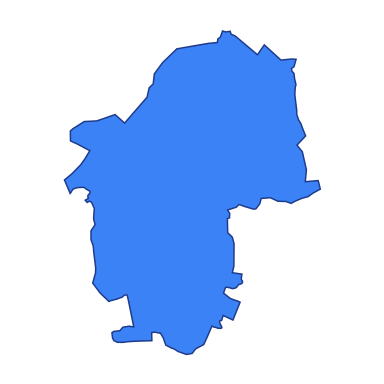 Bagwai, Kano, Nigeria, rotated 273°
{"feature_id": "59680162B58679994750141", "entity_name": "Bagwai", "entity_type": "district", "adm_level": 2, "iso_a3": "NGA", "parent_name": "Nigeria", "parent_adm1": "Kano", "projection": "mercator", "projection_center": [8.095, 12.101], "detail": "fine", "context": "isolated", "style": "filled", "palette": "blue", "viewbox_px": 384, "rotation_deg": 273, "n_neighbors": 0, "source": "geoboundaries", "source_scale": "gbopen_adm2", "svg_char_len": 2510}
<svg xmlns="http://www.w3.org/2000/svg" viewBox="0 0 384 384"><g transform="rotate(273 192 192)"><path d="M210.0,317.3L208.2,304.6L220.1,305.1L237.9,300.1L244.3,294.4L254.0,302.5L260.9,299.3L266.1,297.1L269.5,294.7L275.0,292.5L279.1,292.3L290.9,290.2L294.7,289.6L301.6,289.6L304.7,290.2L310.1,288.6L315.8,287.6L317.8,285.5L320.7,284.9L322.4,287.3L330.0,289.0L330.0,284.3L328.4,273.9L342.7,256.5L332.5,250.2L350.1,226.9L351.6,222.8L354.5,221.7L353.6,217.4L354.4,214.1L348.1,212.2L346.2,209.8L342.6,209.5L341.3,200.7L334.2,169.4L319.7,155.9L308.0,148.2L297.9,147.6L293.9,143.8L284.4,142.2L257.3,121.1L265.3,111.1L258.0,93.2L256.7,80.7L249.0,69.8L246.5,67.3L236.6,68.0L233.8,75.2L229.6,84.1L228.0,87.8L220.1,83.7L213.2,79.3L203.9,71.1L197.4,64.0L184.2,70.4L185.5,71.3L187.0,72.0L188.6,73.1L189.6,75.0L190.3,77.1L190.6,79.5L190.8,81.1L191.0,83.9L189.6,85.9L187.3,90.1L185.3,90.1L184.0,88.7L182.2,88.1L180.2,88.8L178.2,85.8L176.1,87.8L177.6,90.4L176.3,92.3L170.5,95.3L160.3,95.1L154.3,96.9L148.0,93.2L139.3,93.6L132.9,96.2L127.6,96.9L111.2,99.8L106.1,99.9L95.9,97.6L86.3,105.5L78.3,114.8L79.3,116.6L79.8,118.7L80.4,120.1L80.9,121.9L81.5,123.5L82.4,125.4L83.2,127.6L84.3,128.7L85.3,129.8L85.7,131.1L85.7,132.6L80.6,134.1L54.3,140.9L54.4,138.7L54.7,136.4L53.4,130.1L49.7,127.2L48.7,121.2L47.3,119.4L42.0,120.3L39.5,121.8L38.0,125.3L38.2,130.7L39.0,135.1L39.3,137.1L40.1,144.0L41.4,159.7L49.5,159.1L50.1,162.0L49.3,167.9L44.8,171.0L39.5,173.1L37.7,173.9L35.3,179.2L34.2,182.7L32.0,186.4L29.5,195.0L30.8,200.6L35.4,203.7L37.7,207.4L40.2,211.7L49.1,215.2L59.1,218.9L58.2,221.2L58.0,222.8L57.4,224.7L57.3,226.2L57.4,228.2L57.6,228.6L58.2,228.9L59.2,228.6L60.0,228.1L61.2,227.4L62.5,226.7L63.3,226.5L64.3,226.4L64.7,226.4L65.0,226.7L65.1,227.3L65.2,228.1L65.6,228.4L66.0,228.5L70.3,229.5L66.3,239.6L84.5,245.8L85.6,243.0L86.1,240.8L87.7,235.8L90.6,231.7L92.7,228.8L98.5,230.5L98.7,232.3L98.3,234.8L97.6,237.4L98.1,239.6L98.7,241.0L99.8,242.0L101.3,242.9L102.2,243.8L102.7,245.6L103.3,246.6L104.4,247.2L106.0,246.9L107.0,245.9L108.4,245.8L110.4,245.9L112.6,246.2L113.5,236.5L120.2,237.7L142.6,236.7L148.8,234.7L149.7,233.9L153.2,229.8L164.7,228.9L166.6,228.8L167.4,228.8L168.1,230.8L172.6,230.8L175.9,228.4L179.1,237.0L181.9,239.5L181.4,242.0L180.8,243.3L178.2,253.8L178.3,255.9L178.6,256.8L183.8,260.3L189.2,261.4L190.4,270.5L187.3,278.2L187.4,286.5L185.8,291.6L188.2,295.4L191.6,302.4L193.4,308.1L197.5,313.3L201.3,319.6L201.6,320.0L210.0,317.4L210.0,317.3Z" fill="#3b82f6" stroke="#1e3a8a" stroke-width="1.5"/></g></svg>